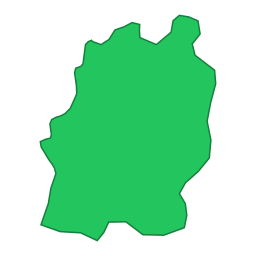 the border of Cantemir
{"feature_id": "MDA-1631", "entity_name": "Cantemir", "entity_type": "District", "adm_level": 1, "iso_a3": "MDA", "parent_name": "Moldova", "parent_adm1": "", "projection": "mercator", "projection_center": [28.284, 46.256], "detail": "fine", "context": "isolated", "style": "filled", "palette": "green", "viewbox_px": 256, "rotation_deg": 0, "n_neighbors": 0, "source": "natural_earth", "source_scale": "10m", "svg_char_len": 873}
<svg xmlns="http://www.w3.org/2000/svg" viewBox="0 0 256 256"><path d="M41.0,224.8L48.3,203.6L50.9,188.2L55.9,173.6L54.5,168.1L51.9,163.8L49.2,160.2L41.2,147.0L40.3,141.7L45.5,139.3L50.4,138.1L51.4,134.6L49.9,123.9L51.7,119.6L56.0,117.3L60.9,115.8L65.0,113.6L70.2,108.5L76.1,95.4L76.8,93.3L76.4,85.6L74.6,72.8L75.7,68.2L80.9,66.4L83.0,63.8L85.5,44.6L88.3,41.6L91.5,40.3L92.6,41.6L101.1,44.6L109.1,39.4L115.0,29.9L124.1,26.8L132.1,22.6L139.7,24.5L139.4,30.7L139.9,37.6L156.4,44.6L171.1,32.2L173.1,20.7L179.3,15.4L188.7,16.9L198.0,20.9L200.1,34.0L192.2,44.0L195.1,55.3L214.6,70.2L215.7,83.8L210.8,102.0L207.1,121.2L210.9,140.1L209.3,158.0L198.1,171.6L185.5,182.7L179.4,193.6L185.3,203.6L186.8,215.4L184.3,227.7L163.8,235.2L142.9,234.7L125.9,221.8L108.7,222.1L103.8,232.5L97.2,240.6L80.6,232.8L60.1,231.6L41.0,224.8Z" fill="#22c55e" stroke="#15803d" stroke-width="1.5"/></svg>